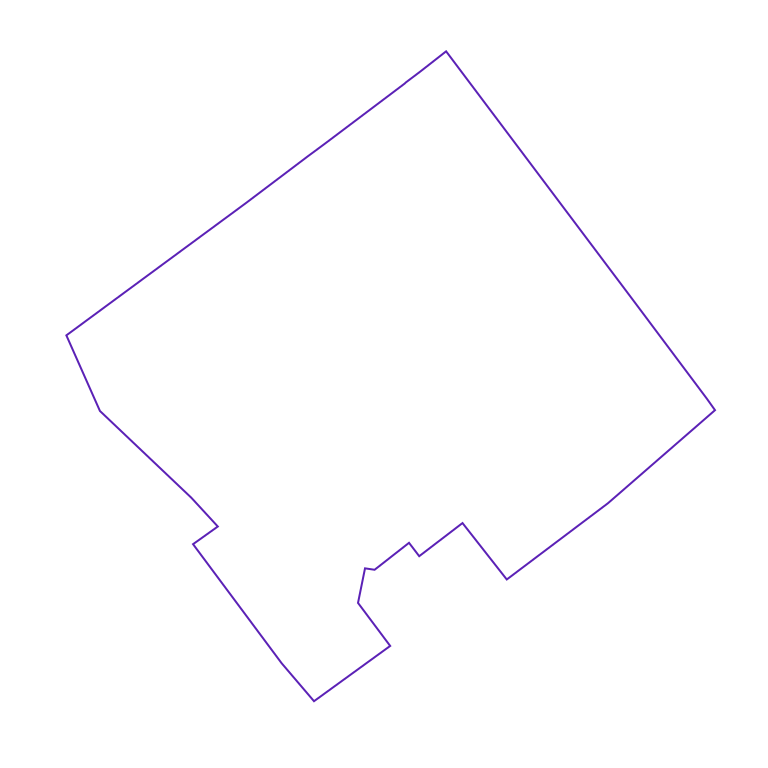 the district of Chemung, New York, United States of America, rotated 143°
{"feature_id": "52423323B68121870797656", "entity_name": "Chemung", "entity_type": "district", "adm_level": 2, "iso_a3": "USA", "parent_name": "United States of America", "parent_adm1": "New York", "projection": "mercator", "projection_center": [-76.753, 42.147], "detail": "fine", "context": "isolated", "style": "outline", "palette": "violet", "viewbox_px": 768, "rotation_deg": 143, "n_neighbors": 0, "source": "geoboundaries", "source_scale": "gbopen_adm2", "svg_char_len": 550}
<svg xmlns="http://www.w3.org/2000/svg" viewBox="0 0 768 768"><g transform="rotate(143 384 384)"><path d="M135.0,177.9L134.6,302.4L134.2,612.3L134.3,612.3L161.1,611.8L167.5,611.7L179.1,611.7L185.2,611.7L186.5,611.5L286.0,611.5L308.3,611.7L385.3,611.6L514.9,613.0L607.8,614.0L608.4,614.0L627.1,533.4L606.3,408.9L602.5,370.2L632.9,371.0L633.8,222.5L630.8,172.8L536.7,171.1L536.5,224.8L510.1,248.2L503.3,241.3L459.6,242.1L459.5,225.3L405.0,225.7L403.6,154.0L276.9,154.0L135.4,163.9L135.0,177.9Z" fill="none" stroke="#5b21b6" stroke-width="2"/></g></svg>